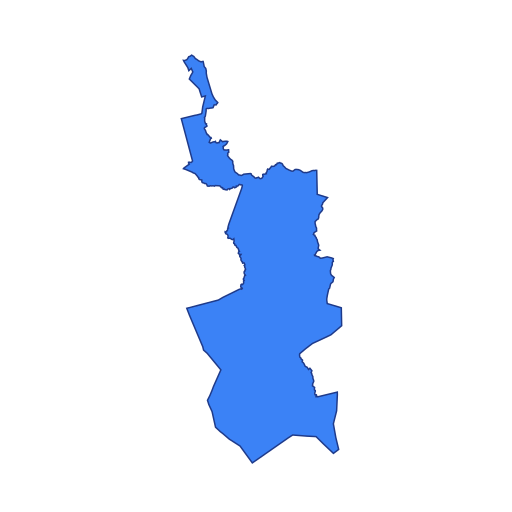 the district of Tinderet, Rift Valley, Kenya, rotated 75°
{"feature_id": "3690345B14310804681504", "entity_name": "Tinderet", "entity_type": "district", "adm_level": 2, "iso_a3": "KEN", "parent_name": "Kenya", "parent_adm1": "Rift Valley", "projection": "mercator", "projection_center": [35.153, -0.008], "detail": "fine", "context": "isolated", "style": "filled", "palette": "blue", "viewbox_px": 512, "rotation_deg": 75, "n_neighbors": 0, "source": "geoboundaries", "source_scale": "gbopen_adm2", "svg_char_len": 6105}
<svg xmlns="http://www.w3.org/2000/svg" viewBox="0 0 512 512"><g transform="rotate(75 256 256)"><path d="M48.3,275.4L50.0,275.1L56.4,273.1L59.6,272.9L58.0,270.0L61.8,269.4L62.7,270.1L64.7,272.2L67.8,274.6L79.7,267.7L88.3,267.3L88.3,263.5L98.2,268.9L104.0,271.3L104.5,272.2L104.5,276.5L104.3,278.8L104.0,292.6L147.8,292.7L148.5,293.6L148.9,294.4L148.1,296.1L148.0,296.9L148.7,297.1L150.0,296.7L152.4,302.9L152.9,303.5L154.2,301.5L158.3,296.2L159.4,295.2L160.6,293.5L163.2,292.2L164.9,291.6L165.4,291.1L166.4,291.3L167.4,290.9L167.9,290.1L168.5,288.7L170.4,289.1L171.1,288.9L171.6,288.3L171.8,287.7L172.8,286.7L173.0,285.7L173.9,285.1L175.7,284.9L176.1,284.4L176.5,282.6L176.3,281.8L176.9,280.6L177.0,279.4L177.8,277.9L177.4,277.2L178.9,272.7L179.8,272.4L180.4,271.9L181.1,271.7L181.1,271.0L181.5,270.5L182.6,270.6L183.2,270.0L183.2,269.2L183.9,268.8L184.7,266.8L184.1,266.1L184.0,265.2L184.0,264.4L184.8,264.2L184.3,263.4L184.3,261.6L184.0,260.9L183.4,260.3L183.7,259.4L184.5,259.1L184.5,258.0L184.2,257.0L183.4,256.9L183.7,255.8L183.5,255.0L182.6,253.8L182.7,253.1L183.3,252.5L183.5,251.6L184.0,250.9L184.8,251.1L187.1,252.4L218.3,274.1L221.1,275.7L221.8,275.4L222.1,276.1L222.6,276.5L223.3,276.6L223.9,277.0L224.2,277.9L224.9,278.1L225.2,278.8L224.6,279.5L225.2,279.7L226.7,279.4L227.6,278.2L228.6,277.8L229.6,277.8L231.2,278.6L231.8,278.0L232.1,276.5L233.7,275.1L234.1,274.4L234.1,273.7L233.7,273.0L236.0,273.3L237.2,274.1L238.0,274.2L238.6,273.5L239.6,273.7L240.3,273.4L240.5,272.7L242.7,272.3L243.9,271.3L246.2,271.2L247.2,270.8L247.5,271.7L248.8,272.4L249.4,271.9L250.4,271.7L250.4,270.8L250.6,270.1L251.1,270.6L251.6,271.6L252.3,271.8L253.8,271.2L254.5,271.1L255.9,271.6L257.4,271.2L258.2,270.6L258.8,270.9L259.5,270.7L259.5,269.8L259.7,269.2L261.6,269.0L262.2,269.9L262.9,269.5L263.8,269.8L265.5,269.5L266.3,269.6L266.8,270.4L267.6,270.5L267.9,271.3L268.5,271.7L270.1,271.9L271.8,271.2L272.0,272.0L274.5,273.6L274.9,274.2L275.7,274.2L276.5,273.7L277.0,274.5L278.9,274.9L280.1,276.4L279.5,277.2L279.8,277.9L281.6,278.7L282.3,278.6L283.4,277.7L284.0,277.7L284.3,278.7L283.8,279.2L283.9,281.1L287.4,298.7L288.8,303.7L288.6,336.4L296.0,335.6L329.8,330.9L333.3,331.0L337.4,328.3L356.9,319.4L371.0,330.8L374.5,333.3L378.9,336.7L382.8,340.2L387.3,340.0L394.9,338.7L410.9,339.4L416.5,335.9L418.8,334.1L426.0,329.2L435.4,320.6L454.9,313.1L440.0,271.9L438.4,266.9L443.1,253.6L446.0,244.7L454.8,239.6L466.7,232.3L464.2,226.2L452.1,225.9L438.1,224.7L426.4,218.2L411.0,213.3L408.5,212.7L408.0,232.7L407.4,234.4L406.3,233.5L405.6,233.7L405.5,234.7L404.6,234.9L403.5,234.7L402.0,233.7L401.2,233.6L400.5,234.2L399.7,234.1L398.1,233.4L396.0,235.1L395.3,234.6L394.3,234.5L392.1,232.7L391.1,232.5L388.8,232.7L387.3,232.3L385.1,232.7L383.7,232.6L383.0,233.0L381.3,231.7L378.4,233.0L379.2,234.6L376.7,235.4L375.6,236.7L375.1,237.1L373.1,237.4L371.9,237.7L371.0,238.1L370.4,238.7L369.6,238.6L368.7,238.0L367.9,238.4L367.2,239.1L366.3,239.0L365.1,239.8L364.2,239.8L362.6,239.5L361.7,239.1L358.3,231.9L355.1,224.1L351.5,204.0L345.5,191.3L328.1,187.0L320.4,199.5L317.1,199.1L315.6,198.7L312.3,197.2L306.7,194.3L306.2,193.3L302.3,191.2L301.8,190.5L300.9,188.5L300.4,188.1L298.5,187.3L297.0,186.0L294.4,187.9L293.2,188.4L292.3,188.5L289.5,188.0L288.0,187.0L287.1,186.7L284.3,184.6L282.0,184.0L281.5,183.5L281.3,182.7L279.4,182.6L278.5,182.0L277.4,183.5L275.2,187.5L275.1,192.9L274.8,194.5L273.9,194.9L273.0,195.7L272.1,197.4L271.6,197.7L271.0,199.0L270.2,199.3L269.9,198.4L267.5,196.2L267.1,195.4L266.8,194.8L266.9,192.8L265.4,193.9L264.6,194.0L261.8,192.6L258.2,192.9L256.0,192.7L254.7,193.2L253.8,193.1L252.1,193.9L251.3,193.7L250.8,194.4L250.0,195.0L249.5,194.5L248.7,194.1L248.2,193.1L247.5,190.9L246.6,190.8L244.7,190.3L242.6,190.7L241.8,190.5L239.9,190.5L238.0,190.0L236.5,187.3L236.5,186.6L236.0,186.1L235.2,185.5L234.2,185.3L233.6,184.9L232.8,184.7L232.2,184.3L230.9,182.9L229.6,180.8L228.3,179.5L227.2,179.2L226.2,179.3L225.7,179.8L224.9,179.9L224.1,179.5L223.6,178.8L222.8,178.1L221.9,177.8L218.1,171.8L212.3,180.9L189.0,175.2L188.6,176.5L188.6,177.5L188.3,178.1L188.1,179.8L188.6,182.7L188.6,185.7L188.2,186.4L188.1,187.3L187.4,188.9L184.8,191.0L183.6,192.6L182.7,194.9L182.6,196.0L183.5,198.0L183.5,198.8L183.2,199.6L181.7,201.6L179.1,204.5L177.3,205.4L175.8,206.4L174.3,206.6L173.6,206.9L173.0,207.4L172.6,208.4L171.9,208.8L172.0,210.7L171.8,211.4L173.1,212.6L172.8,213.5L173.6,214.3L174.0,215.4L173.7,216.9L173.3,217.8L174.1,218.6L175.1,220.1L175.7,220.7L175.5,221.6L175.0,222.1L175.5,222.7L177.4,223.6L178.4,224.8L179.2,224.7L179.2,226.4L178.9,227.5L179.0,228.4L179.9,228.6L180.8,228.5L182.0,229.6L182.4,230.4L182.5,231.4L182.1,232.3L180.5,233.2L180.7,234.3L180.6,235.0L180.8,235.7L180.5,236.6L179.9,237.1L179.1,237.4L177.0,239.1L176.3,239.4L175.4,239.4L174.9,240.0L173.8,246.7L174.3,248.2L174.4,249.5L173.6,250.7L173.2,251.8L171.7,252.6L169.6,254.4L168.7,254.7L166.1,255.0L162.9,254.3L161.2,254.5L159.1,254.2L158.5,253.9L157.1,254.5L155.9,255.6L154.0,256.6L151.7,257.5L150.9,257.0L149.6,256.8L149.1,256.4L148.8,255.5L146.3,255.0L146.1,256.9L145.3,259.3L144.8,259.7L143.4,259.8L142.7,259.5L141.7,259.5L141.3,258.7L141.4,258.1L140.3,255.8L139.9,255.2L138.1,253.6L137.6,254.4L137.2,255.9L136.9,257.9L137.0,258.6L134.6,260.4L137.0,262.4L136.7,263.2L136.8,264.2L136.3,265.2L135.5,265.5L134.8,265.5L135.0,266.4L134.7,267.8L135.1,270.8L134.1,271.8L130.9,269.5L130.7,268.7L129.9,268.8L129.5,269.6L126.5,271.0L126.0,271.8L125.3,271.7L124.6,272.1L122.6,272.3L121.6,272.3L120.0,272.9L119.2,272.9L118.6,272.4L118.5,271.6L117.9,269.8L117.0,269.7L116.1,270.1L115.5,269.7L115.1,270.4L114.4,270.6L112.4,270.7L109.7,269.9L108.7,269.9L108.4,269.2L107.7,268.7L102.9,266.6L101.2,266.2L100.8,265.7L100.8,264.8L101.2,264.0L101.3,261.9L101.6,260.2L101.6,259.1L99.2,257.3L99.7,255.3L98.9,254.7L98.6,253.9L97.9,253.2L94.5,255.1L91.0,256.1L87.8,256.6L70.6,257.1L66.4,256.7L64.4,256.1L61.8,256.0L59.7,257.0L54.4,256.7L54.2,257.5L54.3,258.8L52.6,260.9L50.3,262.7L49.8,263.4L47.2,264.4L45.3,266.2L46.0,267.8L46.1,269.4L47.9,271.2L48.4,271.9L48.7,273.8L48.7,274.5L48.3,275.4Z" fill="#3b82f6" stroke="#1e3a8a" stroke-width="1.5"/></g></svg>